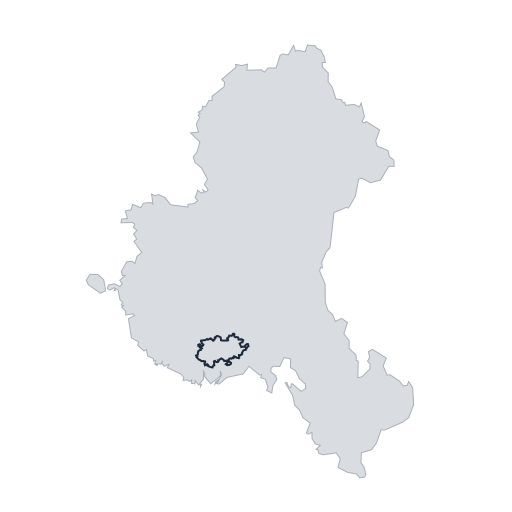 where Anhui sits in China, rotated 94°
{"feature_id": "CHN-1179", "entity_name": "Anhui", "entity_type": "Province", "adm_level": 1, "iso_a3": "CHN", "parent_name": "China", "parent_adm1": "", "projection": "equal_earth", "projection_center": [117.353, 32.025], "detail": "medium", "context": "in_parent", "style": "outline", "palette": "slate", "viewbox_px": 512, "rotation_deg": 94, "n_neighbors": 0, "source": "natural_earth", "source_scale": "10m", "svg_char_len": 5588}
<svg xmlns="http://www.w3.org/2000/svg" viewBox="0 0 512 512"><g transform="rotate(94 256 256)"><path d="M280.7,389.3L270.7,384.5L270.0,379.1L271.9,376.2L264.7,374.7L260.4,370.3L249.9,378.7L247.5,376.2L242.5,379.6L238.7,376.5L235.9,380.3L232.7,379.2L231.2,381.6L232.3,393.0L228.6,392.6L227.5,386.8L220.2,389.6L218.7,383.9L213.0,382.6L215.9,374.3L211.1,371.9L210.0,364.6L211.4,362.4L201.5,364.5L202.8,361.3L201.6,357.1L204.2,350.8L210.9,344.6L211.9,327.2L209.2,327.4L208.0,321.5L204.9,317.9L202.2,320.7L194.5,318.7L197.0,315.2L196.1,312.3L193.8,313.6L195.6,310.3L193.4,308.4L188.2,312.5L182.7,309.7L171.9,316.6L166.9,323.4L161.5,325.6L156.5,322.1L146.3,319.9L137.8,329.8L136.5,322.0L128.7,324.8L121.4,321.9L119.7,323.6L117.8,321.7L116.5,323.8L114.5,320.1L110.3,319.7L110.9,316.9L104.2,313.7L103.6,310.6L99.7,311.0L89.5,299.6L84.8,299.5L82.2,302.5L69.0,288.9L66.3,289.9L67.0,283.4L65.2,277.9L71.3,278.1L69.9,263.3L72.1,260.5L67.6,257.1L67.1,249.1L54.1,245.9L52.6,243.6L53.1,237.8L43.3,233.2L49.1,230.8L47.9,228.8L48.9,221.2L41.9,219.3L42.3,211.4L44.5,210.1L46.0,205.8L52.8,201.7L58.1,200.4L58.4,203.4L63.0,202.9L68.4,196.7L77.1,196.2L82.3,191.8L93.6,187.4L94.2,181.7L97.1,179.8L96.4,178.2L99.4,177.2L98.0,168.7L100.0,163.2L96.1,161.7L109.4,157.6L114.7,159.6L115.8,156.9L114.1,155.4L121.7,141.5L133.0,144.6L138.1,142.5L141.5,131.8L147.6,129.9L150.8,125.1L157.1,124.5L157.2,129.7L171.6,137.2L174.9,146.9L171.0,156.0L172.0,158.9L189.8,161.2L201.7,167.1L201.2,169.3L207.2,181.2L242.7,182.8L247.0,186.3L257.6,190.0L263.2,188.9L263.1,190.9L266.4,191.5L279.3,185.1L297.3,183.7L304.8,180.7L309.2,175.5L315.7,172.2L312.3,166.3L315.9,160.1L327.4,162.9L334.1,157.2L341.8,156.6L347.9,149.3L353.1,148.7L353.8,146.7L370.3,145.9L369.1,141.8L360.9,134.6L356.0,134.5L353.2,137.4L349.3,135.6L343.5,137.1L341.0,133.3L348.8,118.9L356.7,121.5L365.8,116.9L365.1,114.0L370.9,104.1L375.3,100.1L374.6,96.2L370.6,95.0L376.5,90.5L393.3,88.4L406.6,92.4L411.4,97.9L420.7,115.7L420.6,119.1L433.7,122.6L441.1,127.1L444.9,137.1L454.8,136.9L459.0,133.5L466.4,131.2L469.0,132.3L470.1,136.9L466.5,140.5L465.4,149.7L461.2,159.5L452.4,157.8L446.8,162.1L449.6,175.2L448.6,179.5L444.3,181.1L445.1,182.9L440.4,178.7L439.4,183.7L434.2,187.4L428.1,187.9L430.0,191.3L429.1,193.4L418.9,190.3L414.1,197.8L406.5,201.9L402.3,206.9L392.2,209.9L380.5,218.1L380.0,216.3L384.1,214.5L385.0,211.9L381.1,212.0L381.1,210.5L387.9,201.6L384.8,197.2L380.2,197.9L375.4,204.1L367.7,208.5L364.8,213.9L356.3,214.3L355.4,221.0L364.6,224.6L364.8,231.3L367.2,233.2L370.6,233.0L374.1,228.0L377.6,226.6L384.1,230.1L391.5,230.7L389.3,236.1L386.3,234.9L378.2,238.0L377.1,242.8L373.8,242.1L374.5,244.2L366.5,255.2L374.6,260.7L379.1,276.5L386.4,284.0L386.0,286.0L376.7,282.0L373.1,283.6L378.2,283.2L386.6,292.3L379.7,298.9L376.4,299.0L374.5,300.4L382.4,299.8L388.6,304.1L384.4,308.0L387.8,307.9L387.5,311.5L384.0,311.5L385.8,313.3L384.3,316.4L385.3,320.0L381.8,319.6L378.9,322.8L373.6,336.7L370.2,335.2L372.4,339.8L369.3,342.6L366.8,341.9L370.5,343.1L370.5,349.4L367.2,348.8L368.0,351.0L365.6,351.2L363.2,357.2L357.0,358.7L358.6,361.1L353.3,367.8L349.8,367.2L346.4,374.5L327.5,378.9L323.8,372.9L322.3,374.8L323.9,381.9L320.3,382.1L316.4,386.5L314.7,384.5L314.2,386.9L311.5,385.8L308.8,388.8L299.5,391.1L297.5,395.2L300.2,399.6L298.9,401.9L295.3,401.2L293.7,395.5L295.9,389.6L293.1,387.4L289.8,390.2L284.7,385.2L284.8,388.0L280.7,389.3ZM301.2,403.6L304.0,408.6L296.4,421.2L292.1,423.6L285.8,420.3L285.6,412.3L290.4,406.2L301.2,403.6ZM386.7,288.0L384.2,287.5L381.9,284.9L383.7,285.4L386.7,288.0ZM390.1,302.2L388.2,302.7L387.7,301.4L390.1,302.2ZM372.2,347.3L371.1,348.9L371.3,346.8L372.2,347.3ZM298.5,394.6L300.4,393.7L300.2,394.9L298.5,394.6Z" fill="#d9dde1" stroke="#a8b0b8" stroke-width="1"/><path d="M370.2,291.6L369.8,294.3L368.9,296.4L368.2,296.1L367.3,297.3L368.0,297.7L368.5,299.2L367.9,299.2L367.3,299.9L365.2,299.3L364.6,299.6L364.9,300.6L364.4,301.3L364.7,303.1L363.6,304.6L363.5,305.5L361.0,308.3L360.5,307.9L360.4,308.4L359.4,308.8L358.9,307.5L358.1,307.1L355.9,307.3L355.4,306.7L354.6,306.7L353.6,305.2L353.6,304.5L352.4,304.5L351.9,303.6L351.1,304.5L351.4,305.0L351.2,305.7L350.3,306.2L349.7,307.3L348.6,307.4L348.0,306.4L348.2,305.6L349.1,305.3L349.7,303.4L348.9,302.5L348.0,302.3L347.0,303.9L346.0,304.1L345.1,304.9L344.2,304.9L343.4,300.6L342.2,299.1L342.7,298.4L342.7,297.8L341.4,295.9L341.5,295.2L342.1,295.1L342.1,294.3L343.3,293.3L343.4,292.6L342.7,292.5L342.3,291.6L341.6,291.6L340.6,290.7L340.0,291.3L338.5,289.3L338.7,287.8L339.7,285.6L342.5,285.0L342.7,282.8L342.2,277.9L342.6,277.3L341.7,278.4L341.0,278.2L340.6,279.0L339.9,279.0L338.7,277.5L337.3,277.2L337.3,274.6L335.1,273.4L335.1,272.4L335.7,272.0L336.9,272.3L338.0,271.8L338.5,270.6L338.2,269.6L338.5,268.1L340.6,267.5L340.2,265.8L340.5,265.7L340.6,264.9L340.1,264.4L340.8,262.9L343.0,263.4L343.1,264.3L344.5,266.2L347.9,264.3L347.3,262.2L347.5,260.7L346.2,260.7L344.5,259.0L344.4,257.9L346.5,257.2L347.7,258.6L349.0,259.0L349.3,259.6L350.3,259.6L350.9,261.9L353.6,263.2L354.4,262.9L354.9,263.5L355.3,263.4L355.7,264.5L356.1,264.6L356.0,266.1L358.8,265.7L359.2,266.0L358.8,268.4L358.4,268.5L357.5,270.9L358.6,271.7L359.2,271.1L359.5,271.3L359.8,273.0L360.2,273.5L359.8,274.0L360.2,275.4L360.8,275.8L363.3,275.8L363.5,274.7L364.3,273.4L365.3,273.5L366.5,274.9L366.9,277.2L366.0,278.6L364.6,277.1L362.1,277.2L362.4,278.2L362.9,278.5L362.9,280.5L361.8,281.1L360.6,283.5L361.4,284.1L361.6,285.1L363.1,285.9L363.0,286.5L363.8,286.2L364.5,286.7L364.6,287.7L364.2,289.0L363.5,289.6L364.0,290.6L368.0,290.0L368.2,291.0L370.2,291.6Z" fill="none" stroke="#1e293b" stroke-width="2"/></g></svg>